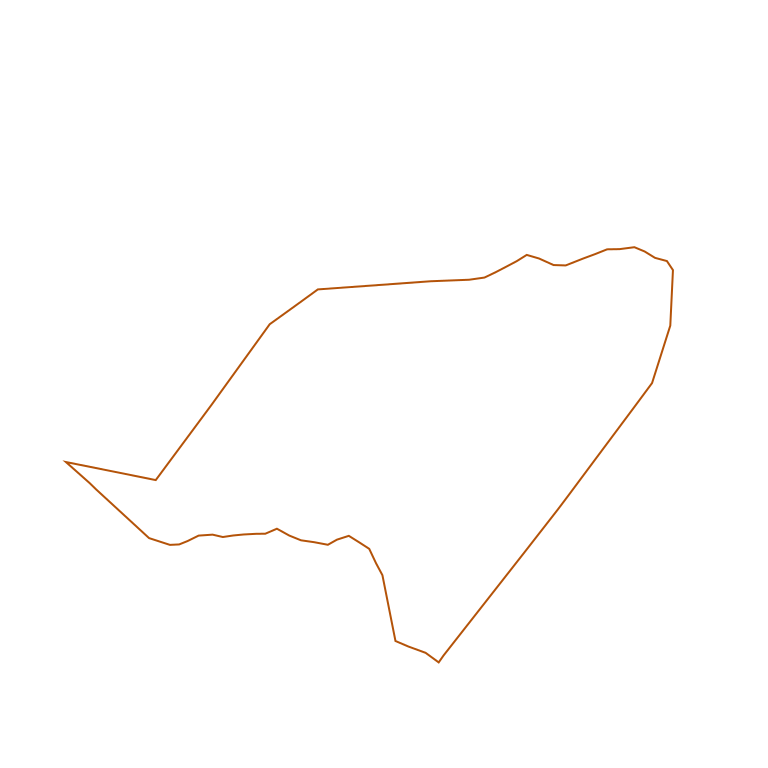 Amélia Rodrigues, Bahia, Brazil (Albers equal-area conic projection), rotated 123°
{"feature_id": "56859067B5389964969213", "entity_name": "Amélia Rodrigues", "entity_type": "district", "adm_level": 2, "iso_a3": "BRA", "parent_name": "Brazil", "parent_adm1": "Bahia", "projection": "albers", "projection_center": [-38.712, -12.439], "detail": "fine", "context": "isolated", "style": "outline", "palette": "amber", "viewbox_px": 768, "rotation_deg": 123, "n_neighbors": 0, "source": "geoboundaries", "source_scale": "gbopen_adm2", "svg_char_len": 934}
<svg xmlns="http://www.w3.org/2000/svg" viewBox="0 0 768 768"><g transform="rotate(123 384 384)"><path d="M587.7,186.5L579.2,186.2L447.2,174.4L395.0,169.9L377.9,168.7L331.0,165.7L266.4,161.5L237.2,159.7L179.1,175.7L131.1,203.7L126.8,213.7L130.6,225.4L130.9,237.6L132.9,248.5L142.6,259.9L149.5,270.2L160.1,277.7L170.3,285.3L185.6,296.2L191.9,306.6L194.3,322.3L198.0,334.6L208.7,339.6L218.4,345.0L229.0,351.0L240.0,357.7L250.2,369.4L272.4,400.8L340.7,491.0L365.2,500.4L396.1,512.4L481.0,516.6L495.4,517.3L588.9,523.1L622.7,608.3L627.4,577.0L629.2,568.0L641.2,497.1L637.8,484.4L635.5,475.9L630.1,468.4L622.7,463.2L612.1,456.9L603.7,445.7L600.1,435.8L593.2,428.0L586.6,419.7L579.4,409.8L574.2,402.0L563.7,395.0L562.7,380.9L560.3,368.5L554.7,356.4L549.4,343.5L540.2,338.7L530.5,330.8L530.3,318.0L530.3,306.6L538.7,293.0L545.2,281.2L593.3,234.4L590.9,220.6L586.8,202.6L587.7,186.5Z" fill="none" stroke="#b45309" stroke-width="2"/></g></svg>